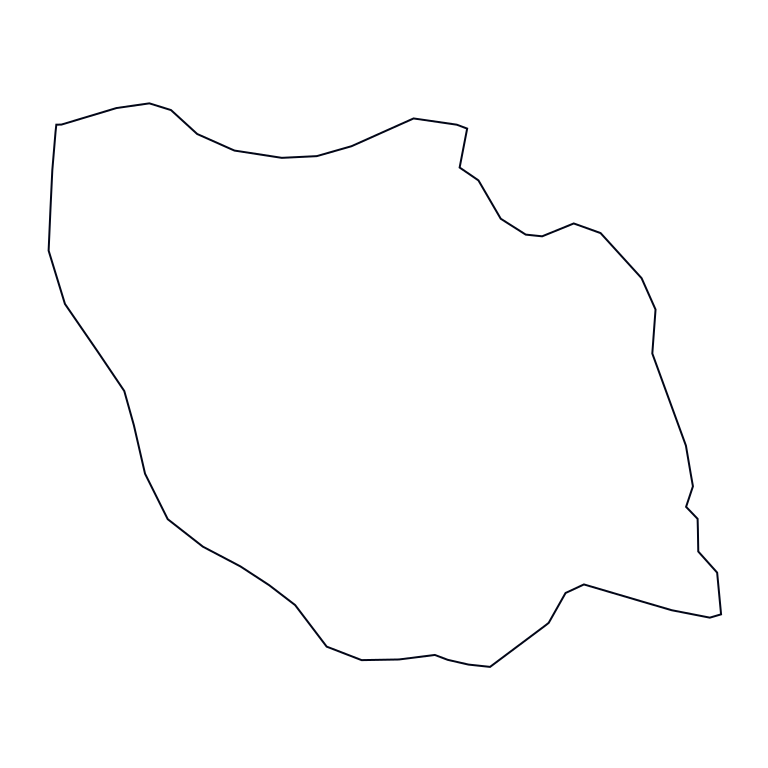 Kalima, Maniema, Democratic Republic of the Congo (Albers equal-area conic projection), rotated 89°
{"feature_id": "63176286B20601319898864", "entity_name": "Kalima", "entity_type": "district", "adm_level": 2, "iso_a3": "COD", "parent_name": "Democratic Republic of the Congo", "parent_adm1": "Maniema", "projection": "albers", "projection_center": [26.556, -2.511], "detail": "fine", "context": "isolated", "style": "outline", "palette": "ink", "viewbox_px": 768, "rotation_deg": 89, "n_neighbors": 0, "source": "geoboundaries", "source_scale": "gbopen_adm2", "svg_char_len": 946}
<svg xmlns="http://www.w3.org/2000/svg" viewBox="0 0 768 768"><g transform="rotate(89 384 384)"><path d="M119.0,707.1L126.1,708.0L164.4,711.9L202.7,714.4L244.8,717.0L298.4,701.6L346.9,669.5L386.5,643.8L420.9,634.8L469.5,624.5L515.4,602.6L543.5,567.9L563.9,530.7L583.1,502.4L603.5,476.7L645.6,445.9L659.7,411.2L659.7,373.9L655.8,337.9L660.9,325.1L666.0,304.5L668.7,282.9L657.0,266.7L627.7,226.1L625.7,223.5L596.1,206.1L587.9,187.6L606.0,129.8L615.2,100.3L623.3,62.3L620.2,51.0L578.4,54.2L557.0,72.7L534.9,72.7L524.3,72.8L512.1,84.1L491.7,76.9L479.1,78.9L450.9,83.2L358.2,115.2L342.8,113.8L314.3,111.2L282.7,124.6L236.9,164.8L227.8,188.8L226.8,191.5L239.1,223.3L237.1,239.7L220.8,264.4L182.1,286.0L178.8,290.6L168.9,304.6L130.1,296.4L126.0,306.7L119.0,349.8L145.7,412.4L155.0,447.3L156.1,482.2L148.0,529.4L146.5,532.7L130.8,566.4L106.4,592.2L99.3,613.7L103.4,646.6L119.0,702.0L119.0,707.1Z" fill="none" stroke="#020617" stroke-width="2"/></g></svg>